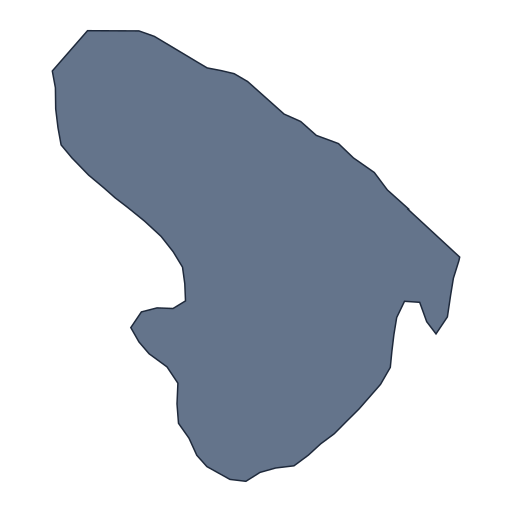 outline of VI-2 East Canje/E.C.Berb, East Berbice-Corentyne, Guyana
{"feature_id": "73187651B18433747523923", "entity_name": "VI-2 East Canje/E.C.Berb", "entity_type": "district", "adm_level": 2, "iso_a3": "GUY", "parent_name": "Guyana", "parent_adm1": "East Berbice-Corentyne", "projection": "robinson", "projection_center": [-57.388, 6.209], "detail": "fine", "context": "isolated", "style": "filled", "palette": "slate", "viewbox_px": 512, "rotation_deg": 0, "n_neighbors": 0, "source": "geoboundaries", "source_scale": "gbopen_adm2", "svg_char_len": 966}
<svg xmlns="http://www.w3.org/2000/svg" viewBox="0 0 512 512"><path d="M229.9,479.4L245.9,481.3L260.0,472.4L275.6,468.0L294.0,465.8L308.4,455.1L320.6,443.9L334.3,433.7L346.8,421.1L358.9,409.1L380.5,384.4L390.3,367.4L391.9,351.2L393.9,334.6L396.7,317.5L404.5,301.3L419.7,302.3L426.7,321.7L436.0,333.9L447.4,316.9L450.6,295.3L453.4,278.2L458.9,260.7L459.7,257.1L408.0,209.3L408.6,209.0L387.4,190.0L374.3,172.5L353.4,157.9L338.5,143.6L316.3,135.4L300.7,121.5L284.1,114.1L247.7,81.6L234.2,73.7L221.2,70.6L207.1,67.9L196.5,61.6L154.4,36.4L138.9,30.9L87.5,30.7L52.3,71.0L55.4,87.7L55.7,108.9L58.0,127.8L61.1,144.9L72.0,158.0L88.7,175.2L103.9,187.9L115.2,197.9L127.6,207.4L144.4,221.0L161.1,236.4L173.2,251.8L182.5,267.1L184.8,283.8L185.5,300.9L173.0,308.5L157.0,307.9L141.4,311.9L130.8,327.6L139.0,342.0L149.1,353.8L167.0,366.9L177.9,383.2L177.0,403.9L178.5,423.3L189.0,438.2L196.8,455.3L206.9,466.6L229.9,479.4Z" fill="#64748b" stroke="#1e293b" stroke-width="1.5"/></svg>